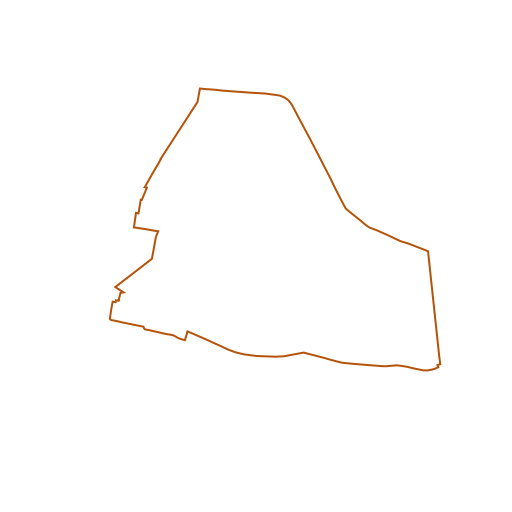 San Gregorio Atzompa, Puebla, Mexico (Albers equal-area conic projection), rotated 246°
{"feature_id": "50627088B24169685204164", "entity_name": "San Gregorio Atzompa", "entity_type": "district", "adm_level": 2, "iso_a3": "MEX", "parent_name": "Mexico", "parent_adm1": "Puebla", "projection": "albers", "projection_center": [-98.344, 19.013], "detail": "fine", "context": "isolated", "style": "outline", "palette": "amber", "viewbox_px": 512, "rotation_deg": 246, "n_neighbors": 0, "source": "geoboundaries", "source_scale": "gbopen_adm2", "svg_char_len": 2503}
<svg xmlns="http://www.w3.org/2000/svg" viewBox="0 0 512 512"><g transform="rotate(246 256 256)"><path d="M256.4,97.6L253.7,101.6L249.3,107.4L241.2,118.8L237.1,124.5L235.6,124.3L234.5,124.5L233.8,125.2L231.5,128.5L221.1,142.4L219.3,145.3L217.5,147.8L216.2,149.1L212.8,151.4L210.8,153.5L208.0,156.8L209.6,158.2L212.0,160.3L214.0,161.9L215.0,162.7L212.1,165.4L210.0,167.4L207.5,169.7L205.2,171.8L200.6,176.0L192.9,182.8L188.1,187.1L181.5,192.8L178.0,196.4L177.2,197.3L176.6,197.8L170.9,205.2L164.2,216.2L158.7,227.5L155.9,233.3L153.0,240.8L151.8,245.9L151.3,248.1L149.2,256.7L148.4,260.2L135.6,276.3L129.4,283.7L123.5,291.2L119.2,298.7L110.8,314.0L107.4,320.3L107.1,320.9L104.7,325.2L102.4,329.9L102.3,330.3L100.2,336.4L98.7,340.4L96.4,344.3L93.1,349.3L89.1,354.4L83.2,362.8L81.6,366.5L80.6,370.8L80.2,373.8L80.3,377.3L82.5,377.4L82.2,380.3L90.2,382.7L190.4,415.1L193.3,412.3L198.3,407.3L198.9,406.7L202.3,403.4L202.4,403.2L205.2,400.5L206.4,399.1L208.7,396.4L210.9,393.9L222.2,384.2L230.7,376.5L232.9,374.2L234.4,372.7L235.0,372.1L235.4,371.7L236.0,371.2L236.6,370.8L237.5,370.2L238.6,369.4L239.1,369.2L240.3,368.6L242.7,367.4L247.6,365.0L255.0,361.2L260.3,358.5L261.1,358.1L261.7,357.8L262.2,357.6L262.7,357.4L263.2,357.3L263.9,357.2L264.5,357.2L266.5,357.0L270.0,356.7L271.5,356.6L281.0,356.1L289.8,355.7L290.8,355.7L298.0,355.5L300.7,355.3L304.4,355.1L313.0,354.6L316.7,354.4L324.0,354.0L334.0,353.4L337.0,353.2L339.4,353.1L340.6,353.0L350.0,352.3L353.1,352.1L356.1,351.9L361.3,351.5L368.3,351.0L370.2,350.9L373.6,350.7L376.5,350.5L377.8,350.4L378.8,350.3L380.1,350.1L381.6,349.9L383.2,349.4L384.5,349.1L385.7,348.6L386.5,348.1L386.8,348.0L387.9,347.3L389.1,346.5L390.4,345.4L391.1,344.7L392.0,343.9L392.3,343.7L393.3,342.4L394.1,341.1L396.4,337.4L399.9,331.8L400.7,330.4L400.9,330.1L401.1,329.7L401.9,328.0L403.2,325.7L403.5,325.1L407.4,317.5L410.5,311.7L411.8,309.4L413.1,306.8L417.6,298.5L420.3,293.4L422.7,289.3L424.6,286.1L427.5,280.7L428.4,278.9L431.8,272.9L431.5,272.7L420.5,265.2L383.5,208.4L383.3,208.6L379.7,203.8L375.7,198.1L370.8,191.4L364.3,182.7L364.2,182.6L364.1,182.4L362.8,184.1L353.7,174.5L354.3,173.6L342.7,166.0L344.2,163.9L331.7,156.1L330.8,157.7L328.7,160.9L325.9,165.4L322.5,170.4L319.8,174.4L318.9,175.8L318.4,176.7L314.1,172.3L295.8,159.8L290.6,138.5L284.9,114.8L276.6,120.2L277.5,117.3L272.5,113.3L272.1,113.3L271.2,112.7L271.6,112.1L271.3,111.9L272.4,110.0L270.9,109.0L272.6,106.5L265.9,101.9L258.0,96.9L256.4,97.6Z" fill="none" stroke="#b45309" stroke-width="2"/></g></svg>